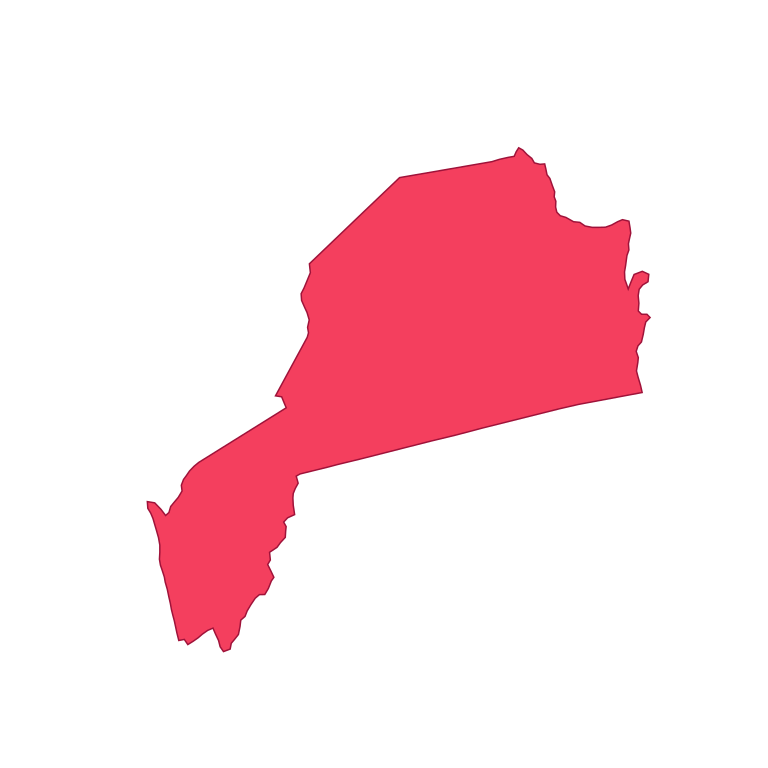 Uruçuca, Bahia, Brazil (Albers equal-area conic projection), rotated 157°
{"feature_id": "56859067B25735751163092", "entity_name": "Uruçuca", "entity_type": "district", "adm_level": 2, "iso_a3": "BRA", "parent_name": "Brazil", "parent_adm1": "Bahia", "projection": "albers", "projection_center": [-39.205, -14.52], "detail": "fine", "context": "isolated", "style": "filled", "palette": "rose", "viewbox_px": 768, "rotation_deg": 157, "n_neighbors": 0, "source": "geoboundaries", "source_scale": "gbopen_adm2", "svg_char_len": 2339}
<svg xmlns="http://www.w3.org/2000/svg" viewBox="0 0 768 768"><g transform="rotate(157 384 384)"><path d="M149.7,275.3L148.4,282.5L147.4,291.3L146.5,297.4L141.9,304.7L139.6,308.9L139.1,315.5L135.3,319.9L130.6,322.1L125.9,328.5L122.3,334.1L118.8,338.8L113.1,341.2L114.7,345.4L119.7,347.6L121.4,351.8L117.8,358.8L115.5,366.0L112.1,371.5L107.2,374.1L101.0,375.0L97.4,381.5L102.2,386.8L111.0,387.1L116.6,381.6L122.1,376.0L121.7,380.9L121.4,386.2L118.8,393.2L115.4,398.5L113.1,402.4L110.2,407.3L106.2,411.7L104.2,417.6L101.5,421.5L97.9,426.5L96.5,431.6L94.9,438.2L100.3,442.1L105.6,442.1L112.4,441.4L118.9,441.8L125.2,444.3L131.1,446.8L137.2,450.9L140.6,456.3L146.1,459.3L151.5,466.3L156.0,470.0L157.8,474.6L156.9,479.8L154.4,485.1L154.2,489.8L151.8,494.2L151.5,501.1L151.0,508.4L152.2,512.9L151.0,518.7L150.1,523.8L154.6,525.3L159.2,528.8L159.8,533.9L162.7,539.3L164.8,545.1L167.7,548.8L171.5,546.2L175.2,542.7L181.2,544.1L190.0,545.7L197.8,546.5L289.0,567.9L297.7,564.6L332.8,551.4L405.7,523.8L408.3,515.2L415.0,508.6L420.1,503.6L425.0,499.5L427.2,493.1L427.1,485.3L426.9,479.9L427.8,472.2L432.2,466.0L433.5,460.6L436.4,457.0L488.5,415.5L483.2,412.2L483.3,405.1L483.3,400.3L585.2,384.2L590.9,382.5L597.0,379.9L602.0,376.7L605.8,374.5L610.1,370.0L611.7,364.4L617.7,360.0L623.8,356.9L628.2,354.6L632.2,349.7L636.4,348.3L638.3,355.8L641.5,364.2L647.8,368.2L650.0,361.8L649.2,356.3L649.2,350.5L650.0,343.9L650.7,337.8L651.6,330.7L653.3,323.3L656.1,316.7L659.2,310.4L660.6,304.5L660.9,299.9L661.6,292.2L662.8,287.1L663.7,279.7L665.2,272.2L666.4,265.5L667.8,259.4L668.7,253.8L669.5,248.2L670.8,241.4L671.9,235.8L673.1,228.1L667.6,226.9L666.4,220.8L660.5,221.7L654.3,223.0L649.0,224.7L642.5,226.1L636.8,226.1L636.8,219.8L636.5,212.5L637.5,206.1L636.3,200.4L629.2,200.1L625.9,205.0L621.4,207.3L615.9,210.3L611.3,217.0L608.1,222.6L602.7,224.4L598.6,228.6L592.9,232.8L586.3,237.1L581.0,238.8L576.0,236.8L570.3,241.0L564.7,246.7L560.9,249.1L561.2,256.2L561.6,263.3L557.4,266.4L555.1,273.8L546.2,275.5L541.4,278.4L534.8,281.4L532.0,287.0L529.8,291.0L530.3,296.1L525.0,298.5L517.3,298.7L514.9,307.9L512.4,314.7L510.3,318.7L506.5,322.5L501.8,326.2L500.8,333.5L496.4,334.0L467.2,329.3L458.7,328.1L435.7,324.3L390.9,317.4L363.6,313.2L337.0,308.8L311.2,305.1L232.5,292.7L212.8,289.2L149.7,275.3Z" fill="#f43f5e" stroke="#9f1239" stroke-width="1.5"/></g></svg>